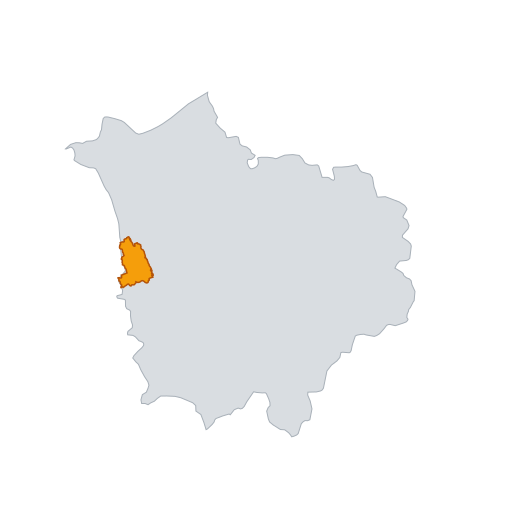 Stolin, Brest, Belarus shown in context, rotated 70°
{"feature_id": "67162791B20391469538668", "entity_name": "Stolin", "entity_type": "district", "adm_level": 2, "iso_a3": "BLR", "parent_name": "Belarus", "parent_adm1": "Brest", "projection": "mercator", "projection_center": [26.983, 51.876], "detail": "fine", "context": "in_parent", "style": "filled", "palette": "amber", "viewbox_px": 512, "rotation_deg": 70, "n_neighbors": 0, "source": "geoboundaries", "source_scale": "gbopen_adm2", "svg_char_len": 8321}
<svg xmlns="http://www.w3.org/2000/svg" viewBox="0 0 512 512"><g transform="rotate(70 256 256)"><path d="M402.1,362.3L394.8,361.9L386.1,362.0L381.2,365.5L375.9,363.8L372.2,365.7L363.5,375.1L360.2,380.1L357.0,387.8L355.0,393.5L356.1,397.5L357.7,401.2L358.0,405.2L358.8,408.3L356.7,410.6L355.5,413.9L351.8,413.3L347.4,410.2L346.5,405.6L343.1,402.5L340.8,400.8L337.1,400.6L331.2,402.0L323.4,403.2L317.6,403.5L314.4,405.1L309.7,406.7L307.9,404.8L305.2,399.6L303.1,394.5L301.6,392.2L300.3,391.6L298.7,391.7L296.9,393.4L295.6,395.0L290.7,397.0L288.5,398.8L286.2,403.5L284.6,403.2L283.0,402.1L281.1,396.8L278.5,395.6L274.4,395.5L269.3,394.4L265.2,392.8L263.7,393.2L261.3,395.5L258.6,395.8L252.8,393.8L251.6,394.7L248.3,400.5L246.7,400.8L245.8,400.1L246.3,395.0L243.0,393.2L237.3,392.9L233.2,393.7L231.3,393.5L230.3,392.5L225.4,383.9L222.8,383.4L218.2,383.8L211.3,382.8L203.4,380.9L199.1,380.1L196.8,378.2L191.9,377.6L178.9,373.9L173.5,373.3L165.7,373.2L153.7,372.4L146.0,372.9L142.5,374.1L138.4,374.8L124.2,375.8L119.1,376.8L117.6,378.6L116.0,382.5L110.1,389.3L104.4,393.8L103.4,394.2L100.1,391.8L97.3,391.0L94.0,390.8L91.7,391.5L90.3,392.7L90.5,397.9L90.2,398.4L87.7,392.1L87.9,386.5L89.2,383.3L90.9,380.4L90.2,376.0L91.9,370.3L92.0,366.1L91.2,364.3L89.9,362.2L86.2,359.8L84.5,358.0L79.5,355.6L74.6,352.6L73.7,350.7L74.0,349.4L74.8,347.5L78.6,341.8L82.7,336.3L85.4,334.1L99.3,327.0L101.5,324.5L102.0,320.3L101.8,311.8L100.9,304.0L99.9,298.6L97.2,288.5L89.9,267.4L85.6,245.4L88.4,246.7L95.1,247.2L100.4,245.7L103.1,245.5L105.6,245.9L112.6,244.7L114.3,246.7L117.4,248.4L123.6,245.9L129.0,242.8L134.6,243.1L135.4,241.6L136.8,233.7L138.5,232.0L145.3,232.8L147.7,231.4L150.4,227.5L154.3,225.1L157.7,225.1L161.1,222.4L162.8,224.2L163.7,227.5L162.5,230.1L163.0,231.1L165.4,232.4L169.5,232.3L172.1,231.3L172.7,229.8L172.7,227.1L172.1,224.5L170.4,222.4L167.1,221.2L164.8,221.2L164.4,219.8L165.2,216.8L167.2,211.4L169.7,206.4L171.2,204.5L171.5,202.8L171.2,199.8L171.1,194.4L173.3,186.7L176.3,181.0L180.4,179.2L185.3,178.2L188.4,175.4L190.0,172.3L191.3,167.3L192.9,166.3L204.7,167.0L206.5,162.0L207.5,160.6L209.8,159.1L211.4,157.4L210.8,156.0L207.8,155.1L200.7,154.4L199.2,152.7L199.7,150.7L201.6,145.6L203.4,139.0L204.3,133.8L204.4,130.8L205.4,129.9L211.2,129.0L213.2,127.9L218.2,120.9L222.0,119.7L231.8,121.5L236.3,121.4L242.0,121.9L242.5,121.1L244.5,114.2L254.2,102.9L259.4,99.0L262.7,98.1L263.8,98.3L269.1,104.3L270.3,104.5L273.8,102.0L279.8,101.8L282.5,103.9L286.5,111.2L288.6,112.1L294.4,108.0L297.6,106.6L299.8,106.7L310.8,112.3L311.6,114.1L311.6,116.3L309.9,122.8L312.2,126.9L314.9,129.6L320.5,125.1L322.6,123.8L324.9,123.8L327.9,122.1L330.1,119.6L332.3,118.7L336.3,119.3L343.6,118.7L352.1,122.7L352.8,123.9L357.1,128.5L358.6,130.9L360.0,131.6L362.3,133.8L365.3,135.3L367.4,134.8L368.4,135.6L369.3,137.4L369.4,140.4L369.1,149.0L366.1,153.5L365.7,155.1L365.8,157.0L368.2,160.7L371.3,166.5L372.0,169.8L372.0,172.3L367.8,179.6L366.4,181.3L365.4,184.9L364.9,188.5L365.2,190.1L372.3,195.8L377.5,199.0L378.7,200.5L378.8,201.5L376.0,207.6L375.8,209.3L380.0,211.9L382.3,215.9L384.3,222.4L388.3,228.7L403.2,237.8L404.5,239.5L404.9,241.4L404.4,245.7L401.7,253.8L404.3,255.0L410.8,254.7L418.8,255.7L428.3,261.4L428.4,263.9L427.4,266.3L428.0,268.7L429.1,270.8L437.3,277.1L438.1,279.0L438.3,282.1L438.1,284.3L435.8,284.8L433.2,285.8L429.1,288.5L427.4,292.4L420.7,297.6L416.6,300.0L413.2,300.1L405.4,299.0L402.6,296.4L401.5,294.0L398.4,293.0L394.4,292.9L388.9,293.3L387.7,294.0L386.8,296.9L384.5,301.9L382.8,304.7L389.8,314.5L393.4,318.6L394.5,321.0L394.4,322.8L392.8,324.8L393.0,329.0L396.4,334.5L395.3,335.3L394.9,342.0L395.0,349.1L395.9,350.8L397.7,352.2L399.3,354.8L401.9,360.8L402.1,362.3Z" fill="#d9dde1" stroke="#a8b0b8" stroke-width="1"/><path d="M240.5,378.8L240.4,378.6L240.0,377.7L239.3,377.6L240.1,376.7L240.5,375.9L240.7,375.0L240.7,373.9L240.5,373.1L240.2,372.3L240.2,371.5L240.6,370.8L241.0,370.3L241.8,369.7L242.6,369.4L243.3,368.8L244.0,367.8L244.0,366.9L243.7,366.3L243.3,365.9L242.8,365.9L242.3,365.5L242.3,365.0L242.1,364.5L241.7,364.4L241.0,364.4L240.6,363.9L240.5,362.8L240.5,362.1L240.6,360.9L240.6,360.1L240.3,360.1L240.1,360.1L239.8,360.2L239.6,360.3L239.4,360.3L239.0,360.6L238.8,360.6L238.6,360.6L238.5,360.2L238.6,359.9L238.8,359.7L238.9,359.4L238.9,359.1L238.6,359.0L238.3,359.1L238.2,359.2L238.0,359.3L237.8,359.3L237.6,359.2L237.4,359.1L237.2,359.5L237.2,359.8L237.1,360.1L236.9,360.2L236.7,360.1L236.4,359.9L236.2,359.7L235.8,359.3L235.6,359.2L235.4,359.3L235.2,359.3L235.0,359.5L234.8,359.7L234.5,359.7L234.4,359.6L234.3,359.2L234.2,358.9L234.0,358.7L233.8,358.7L233.7,358.9L233.6,359.1L233.6,359.4L233.7,359.6L233.6,359.8L233.4,359.9L233.2,359.6L232.9,359.5L232.6,359.5L232.6,359.3L232.6,359.0L232.4,358.8L232.0,358.8L231.7,358.8L231.3,359.0L231.0,359.0L230.8,359.0L230.4,359.0L230.1,359.1L229.8,359.2L229.5,359.4L229.1,359.5L228.7,359.5L228.2,359.6L227.7,359.4L227.4,359.4L227.1,359.4L226.8,359.5L226.5,359.6L226.2,359.7L225.7,359.7L225.4,359.7L225.0,359.7L224.7,359.6L224.3,359.6L224.1,359.6L223.7,359.7L223.2,359.6L222.9,359.7L222.7,359.6L222.3,359.5L222.1,359.5L221.7,359.7L221.5,359.8L221.5,360.0L221.3,360.0L221.1,359.9L220.8,359.9L220.5,359.9L220.3,360.1L220.2,360.3L220.0,360.5L219.8,360.7L219.7,360.9L219.4,360.9L219.2,360.8L219.2,360.5L219.1,360.4L218.8,360.2L218.1,360.0L217.4,360.0L216.8,359.9L216.3,359.9L215.8,359.9L215.4,359.9L214.9,359.9L214.7,359.8L214.3,359.7L214.0,359.6L213.6,359.7L213.3,359.8L212.8,359.9L212.5,359.9L212.0,359.9L211.7,360.1L211.4,360.3L211.1,360.6L210.8,361.0L210.3,361.2L209.9,361.3L209.6,361.4L209.3,361.4L208.9,361.4L208.7,361.3L208.4,361.2L208.2,361.1L208.0,360.9L207.6,360.8L207.1,360.9L206.8,360.8L206.6,360.8L206.2,360.6L205.7,360.9L205.5,361.2L205.3,361.3L205.1,361.5L204.8,361.7L204.5,362.0L204.4,362.5L204.3,362.8L204.1,363.0L203.8,363.2L203.6,363.1L203.3,362.9L203.2,362.9L203.0,363.0L202.9,363.3L203.1,363.4L203.2,363.6L203.1,364.0L203.0,364.3L203.0,364.9L203.0,365.3L203.0,365.7L203.1,366.0L203.4,366.1L203.7,366.1L204.0,366.1L204.4,366.2L204.7,366.2L204.9,366.3L205.1,366.3L205.3,366.4L205.3,366.7L205.2,367.0L205.0,367.3L204.7,367.5L204.4,367.7L203.7,367.8L203.3,367.8L202.7,367.8L202.4,367.8L202.0,367.7L201.8,367.7L201.6,367.8L201.3,367.9L201.0,367.9L200.7,368.0L200.3,368.1L200.1,368.2L199.8,368.4L199.4,368.5L199.0,368.7L198.7,368.8L198.6,368.7L198.5,368.3L198.4,368.1L198.2,368.1L197.9,368.4L197.8,368.7L197.7,368.9L197.5,369.0L197.2,369.0L197.1,368.9L197.1,368.7L196.8,368.3L196.6,368.3L196.4,368.5L196.4,368.8L196.2,369.0L195.9,368.8L195.6,368.8L195.3,368.8L194.9,368.8L194.7,368.9L194.4,369.1L194.3,369.4L194.3,369.8L194.4,370.1L194.5,370.5L194.6,370.8L194.6,371.2L194.9,371.4L195.0,371.5L195.3,371.7L195.3,371.9L195.3,372.2L195.2,372.6L195.2,372.9L195.2,373.4L195.2,373.8L195.4,374.2L195.7,374.3L195.9,374.6L196.3,374.6L196.8,374.7L197.0,374.7L197.3,374.9L197.5,375.2L197.5,375.7L197.1,376.5L197.0,377.6L197.0,378.1L197.0,378.6L197.1,379.1L197.9,379.1L198.5,379.1L198.7,379.3L199.1,379.7L199.1,380.1L199.5,380.5L200.0,380.5L200.3,380.8L200.8,381.2L201.7,381.4L202.4,381.3L203.0,380.9L203.4,380.2L203.6,379.9L204.1,379.5L205.0,379.6L205.8,379.8L206.6,380.0L207.1,380.0L207.6,379.7L208.1,379.7L208.6,379.9L209.3,380.1L209.7,380.0L210.2,379.7L210.7,380.3L210.9,380.8L211.0,381.4L211.0,381.9L211.5,382.7L212.2,382.8L212.3,383.2L212.7,383.6L213.1,383.6L213.5,383.2L214.2,383.1L214.8,383.3L215.4,383.5L216.0,384.0L216.3,384.0L216.8,383.9L217.4,384.0L217.9,384.3L218.6,384.5L219.0,384.1L219.3,383.6L220.0,383.1L220.9,383.1L221.6,383.1L222.9,383.1L223.3,382.8L224.2,382.6L225.0,382.7L226.0,382.9L227.8,383.0L228.0,388.5L227.9,389.1L228.4,389.2L229.2,389.3L229.9,389.5L230.3,389.7L230.5,390.1L230.5,390.5L230.2,391.1L230.0,391.4L229.6,391.9L229.4,392.6L229.3,393.1L229.9,393.2L230.2,393.0L230.8,392.8L231.5,392.9L231.9,393.1L232.4,393.3L232.8,393.1L233.1,392.7L233.9,392.5L234.2,392.5L234.7,392.8L235.2,392.8L235.5,392.8L236.1,392.7L236.8,392.4L237.3,392.1L238.1,392.5L238.4,392.9L238.7,393.4L239.2,393.7L239.6,393.6L239.5,393.1L239.3,392.7L239.3,392.1L239.5,391.8L240.1,391.6L239.9,391.0L239.8,390.2L239.4,389.3L239.2,387.9L238.6,386.5L238.7,385.5L239.2,385.1L239.6,385.0L240.4,384.9L240.9,384.3L241.4,383.8L240.9,383.1L240.6,382.4L241.0,381.5L241.2,380.9L241.3,380.0L240.8,379.3L240.5,378.8Z" fill="#f59e0b" stroke="#b45309" stroke-width="1.5"/></g></svg>